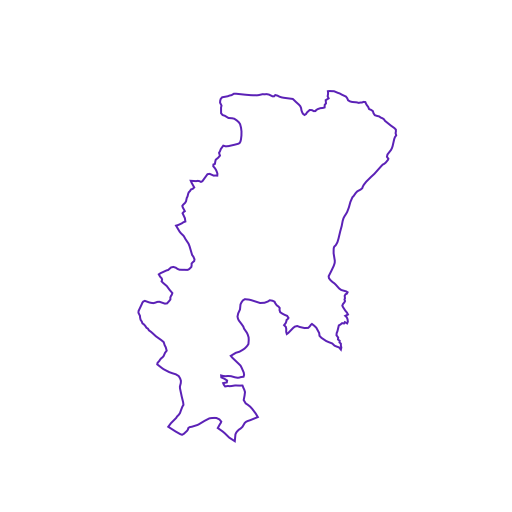 the district of Khwisero, Western, Kenya, rotated 308°
{"feature_id": "3690345B3814928417926", "entity_name": "Khwisero", "entity_type": "district", "adm_level": 2, "iso_a3": "KEN", "parent_name": "Kenya", "parent_adm1": "Western", "projection": "equal_earth", "projection_center": [34.567, 0.147], "detail": "fine", "context": "isolated", "style": "outline", "palette": "violet", "viewbox_px": 512, "rotation_deg": 308, "n_neighbors": 0, "source": "geoboundaries", "source_scale": "gbopen_adm2", "svg_char_len": 6137}
<svg xmlns="http://www.w3.org/2000/svg" viewBox="0 0 512 512"><g transform="rotate(308 256 256)"><path d="M109.8,244.9L109.8,250.9L109.9,252.8L111.0,258.9L112.2,262.5L113.4,265.6L113.8,269.0L112.8,271.6L111.4,273.7L109.5,275.0L106.3,276.4L104.9,277.6L99.6,283.9L95.9,288.6L94.0,290.5L92.1,290.7L88.4,291.8L85.4,292.8L83.2,292.9L80.9,292.6L79.3,292.8L71.8,291.9L67.4,292.0L68.2,300.6L69.0,306.0L69.6,307.8L71.4,308.6L75.8,309.3L77.4,309.2L78.6,308.6L80.2,309.0L82.0,310.6L86.8,313.9L88.0,314.5L94.5,317.0L99.3,319.2L100.7,320.5L102.9,323.0L104.0,324.6L104.7,327.7L104.1,330.6L102.8,331.0L101.3,331.1L96.9,331.8L97.2,337.8L97.1,340.5L96.4,346.7L97.0,353.3L102.8,349.6L104.5,349.2L105.8,349.1L108.5,349.4L110.6,350.1L113.0,350.5L117.5,349.9L119.1,350.2L120.6,350.9L123.2,352.6L130.2,356.6L131.7,352.7L133.2,347.1L133.7,344.1L133.7,341.1L133.5,338.6L134.9,335.0L139.0,332.9L142.0,331.1L143.4,329.1L144.2,327.5L145.6,325.1L143.5,322.5L141.2,319.3L138.4,316.7L137.1,315.3L136.3,313.9L134.2,312.0L134.7,310.0L135.6,308.4L138.4,310.8L140.1,309.9L139.8,306.6L139.0,303.4L140.4,302.1L141.3,304.1L142.5,306.0L144.2,307.8L145.9,310.3L147.5,314.2L148.8,316.6L149.9,317.7L151.1,318.5L153.2,320.5L155.0,319.8L156.6,318.1L159.1,313.5L160.1,311.3L160.4,308.7L161.3,299.8L161.8,297.6L167.3,299.7L170.4,301.9L173.6,303.2L176.0,304.0L178.2,304.3L180.0,304.4L182.0,304.2L185.3,302.0L187.3,300.3L188.9,298.0L189.9,296.1L191.4,291.3L192.6,289.4L193.5,286.4L194.6,282.2L195.5,280.4L196.9,278.7L199.8,277.3L204.0,276.3L208.3,273.6L210.5,273.1L212.9,273.0L215.1,273.8L217.3,277.3L218.3,279.5L221.5,288.2L224.4,291.5L227.5,293.4L229.6,294.1L230.9,296.5L231.4,298.8L230.6,300.3L229.9,302.8L230.0,304.9L229.6,306.7L227.9,307.8L226.6,309.7L226.8,312.3L227.3,315.0L228.0,317.4L227.2,319.7L225.8,319.8L224.4,319.5L223.0,320.2L221.4,320.7L218.8,320.7L218.5,323.1L217.2,324.7L214.8,326.5L213.5,328.3L215.2,328.8L222.4,329.6L224.3,330.1L226.2,331.6L227.0,334.2L229.1,338.6L231.5,341.4L233.7,341.7L235.5,341.6L236.9,341.9L236.9,344.9L236.6,347.7L234.2,353.2L232.2,355.2L231.8,357.9L232.2,363.6L232.8,366.0L234.0,369.9L233.7,373.1L234.3,375.4L235.1,377.7L234.5,380.5L236.4,379.6L237.6,378.1L239.2,376.8L239.3,375.0L240.7,374.2L240.7,372.0L242.3,371.0L243.1,368.2L245.0,367.0L246.8,366.5L252.3,364.0L253.9,364.7L256.1,365.2L257.0,366.9L258.6,366.7L259.0,369.3L260.8,368.8L262.5,367.1L263.6,365.2L263.8,363.2L266.5,364.5L267.4,362.5L267.9,360.1L269.3,356.0L270.0,354.6L271.8,354.1L273.8,354.2L275.3,353.9L276.2,352.5L277.5,352.1L279.2,350.4L281.0,350.1L282.3,350.8L283.8,350.5L283.6,348.8L281.7,344.1L281.6,341.5L282.5,336.5L282.7,334.5L282.6,332.3L282.8,329.6L283.4,327.2L284.8,325.7L290.4,324.6L295.8,323.4L297.6,322.8L299.1,322.2L300.8,321.0L305.9,315.5L308.9,313.2L310.1,312.4L311.6,311.9L313.5,312.2L315.8,311.9L317.2,311.6L320.5,310.3L327.5,307.1L332.3,305.1L337.0,302.7L339.6,301.7L341.7,301.3L345.0,301.0L346.9,300.7L351.4,299.3L356.7,297.1L361.7,295.8L363.3,296.0L366.9,295.8L369.3,296.0L372.7,297.5L374.8,298.0L376.6,297.4L378.6,297.1L382.4,297.1L388.8,297.9L393.6,298.7L404.4,299.4L406.1,299.6L407.6,300.3L409.4,300.7L412.8,300.8L414.1,300.5L414.8,298.1L416.9,297.1L422.6,297.1L424.7,296.7L426.7,296.0L433.3,292.9L435.2,292.3L437.4,292.2L438.7,290.4L440.2,289.6L441.7,288.4L442.0,286.3L441.8,282.0L441.9,274.5L442.5,272.6L442.4,270.9L441.9,269.2L441.8,267.1L440.8,264.9L440.1,262.9L440.8,260.8L442.1,258.9L442.0,256.8L441.4,254.7L442.6,252.5L443.1,250.5L443.8,248.8L444.6,247.4L443.6,245.8L442.3,245.1L441.1,243.7L439.9,242.7L439.1,240.8L436.5,236.8L435.7,234.9L435.4,232.7L436.5,230.7L437.0,228.7L436.0,224.4L435.6,221.8L435.0,220.2L433.9,216.1L431.2,212.3L430.1,211.2L428.9,212.4L427.4,213.4L426.0,214.1L424.9,216.2L421.7,215.0L419.3,217.2L417.4,217.1L415.3,218.6L413.8,217.5L412.1,215.7L409.9,214.3L408.2,213.6L406.8,213.6L405.7,212.3L405.4,210.3L404.1,208.4L400.5,207.8L398.7,208.0L397.0,207.4L397.0,205.3L397.9,203.5L398.8,202.1L400.3,200.5L401.3,198.7L401.7,196.7L402.0,192.4L402.2,190.7L402.4,188.3L397.8,180.5L396.8,178.6L396.0,176.4L395.6,174.2L394.7,172.1L392.9,171.9L392.0,170.7L391.2,166.9L390.1,164.7L388.6,163.1L387.6,161.6L384.5,159.1L383.2,157.8L379.8,153.3L376.6,148.4L371.6,140.4L370.3,138.7L367.7,137.7L366.2,136.4L364.5,135.4L360.2,131.6L358.0,131.5L356.3,132.2L354.7,133.3L353.3,136.2L351.4,137.1L347.0,140.6L346.5,142.9L347.3,145.1L347.8,149.3L349.9,152.5L350.8,154.4L351.0,157.4L350.8,160.2L350.1,162.3L347.8,165.3L345.2,167.9L341.9,170.4L338.4,172.5L336.5,173.3L334.8,173.5L333.5,172.9L330.6,170.7L325.8,166.8L323.8,164.7L322.8,162.3L318.7,162.4L316.4,163.1L314.5,163.4L312.9,165.8L310.2,165.7L307.1,165.0L305.3,165.8L303.3,166.9L301.9,166.1L300.4,167.1L299.8,169.9L299.1,171.7L297.9,173.8L297.0,175.0L295.5,176.0L294.3,174.3L293.3,173.2L292.2,168.9L290.6,167.4L281.9,167.7L280.5,167.0L280.1,165.2L279.3,163.8L278.1,162.7L275.1,158.3L274.1,160.1L272.0,165.1L270.0,164.8L268.4,163.8L266.3,164.0L264.8,163.8L263.4,164.2L260.7,165.4L259.1,165.7L256.0,167.2L254.2,167.4L251.5,167.0L250.1,167.1L249.2,168.4L247.5,172.3L246.2,171.9L244.5,171.8L242.0,176.7L239.7,179.1L237.9,178.0L236.2,177.5L234.0,176.4L232.2,175.4L230.7,174.3L228.2,180.7L227.7,182.8L227.3,186.6L226.6,188.4L225.9,190.0L224.2,195.2L222.8,197.6L217.5,205.0L216.9,207.1L215.5,209.6L213.9,210.4L212.1,210.0L210.4,209.9L208.9,211.1L207.5,211.8L204.5,211.4L203.0,210.7L198.1,204.2L197.5,202.1L197.4,200.0L196.5,197.6L194.7,196.1L190.9,195.4L189.6,194.4L185.5,192.3L183.8,191.4L181.7,190.7L180.7,193.1L180.3,195.5L179.4,196.7L177.9,197.2L177.6,199.5L177.4,204.2L176.1,208.8L175.3,212.9L173.6,213.5L172.2,213.6L170.7,214.0L169.0,215.3L167.0,215.3L163.9,215.1L162.4,213.6L160.5,208.1L159.1,206.5L157.3,205.4L155.7,204.2L154.5,202.2L153.7,200.5L152.2,196.0L150.7,195.2L149.3,195.2L147.9,195.6L140.4,197.3L138.9,198.3L137.4,201.4L136.1,202.6L134.7,204.3L134.0,206.4L133.0,208.0L133.1,209.8L132.7,211.9L132.0,213.9L132.2,215.6L131.5,217.4L131.6,219.8L131.5,221.8L131.1,226.6L131.4,233.2L131.3,236.3L129.5,238.9L128.5,241.1L126.4,243.9L123.8,243.9L120.2,244.8L118.6,244.7L117.0,244.3L115.3,244.2L113.8,244.4L111.2,244.2L109.8,244.9Z" fill="none" stroke="#5b21b6" stroke-width="2"/></g></svg>